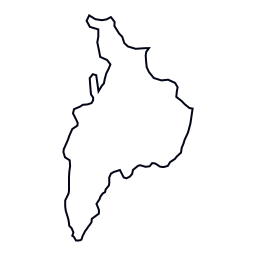 Kiti, Larnaca, Cyprus
{"feature_id": "46923920B16872533140299", "entity_name": "Kiti", "entity_type": "district", "adm_level": 2, "iso_a3": "CYP", "parent_name": "Cyprus", "parent_adm1": "Larnaca", "projection": "mercator", "projection_center": [33.572, 34.846], "detail": "fine", "context": "isolated", "style": "outline", "palette": "ink", "viewbox_px": 256, "rotation_deg": 0, "n_neighbors": 0, "source": "geoboundaries", "source_scale": "gbopen_adm2", "svg_char_len": 1745}
<svg xmlns="http://www.w3.org/2000/svg" viewBox="0 0 256 256"><path d="M89.2,15.4L86.6,20.8L89.9,26.9L98.3,29.4L98.3,36.7L97.3,42.3L99.1,51.0L100.2,56.9L107.1,60.0L110.4,64.4L108.8,68.4L106.3,73.4L104.8,78.8L103.9,83.4L101.9,85.7L98.5,91.3L97.7,85.6L96.2,75.2L92.8,74.2L89.7,78.2L90.3,86.5L91.0,94.4L93.1,97.5L93.1,100.4L91.5,103.1L87.5,104.4L82.8,104.8L80.3,106.5L74.0,109.2L73.0,113.4L75.1,117.5L77.7,122.9L77.4,125.6L72.3,129.0L69.1,136.2L68.2,139.2L64.2,148.3L63.9,148.6L63.4,152.0L65.0,157.3L69.7,160.3L70.1,166.1L69.3,171.8L69.0,177.1L69.0,182.4L69.0,190.7L68.5,193.7L65.2,200.4L65.2,206.5L65.8,211.0L67.1,215.1L68.3,219.1L69.0,223.2L69.2,225.7L71.6,228.2L73.4,232.4L72.3,235.8L73.8,236.7L75.4,239.5L75.9,240.4L77.8,240.6L80.3,240.2L80.8,239.9L81.5,239.5L82.6,236.0L84.2,233.0L85.1,231.1L86.5,229.3L88.6,226.2L89.9,224.6L91.5,222.1L91.8,218.8L95.5,216.1L98.9,213.6L98.9,209.9L97.6,206.6L96.5,203.9L98.4,200.9L99.5,199.3L100.6,196.3L102.7,193.5L105.1,192.1L105.6,189.5L108.9,185.5L109.3,182.8L109.2,177.6L110.9,173.7L113.9,171.9L116.3,171.2L119.9,170.0L123.7,177.4L126.4,178.3L129.7,176.7L132.1,174.0L133.0,169.9L137.9,165.9L140.0,165.2L145.6,166.8L149.6,166.3L152.2,163.1L155.3,163.5L160.1,166.7L161.4,166.8L162.8,167.0L163.9,167.0L167.8,165.9L170.1,162.1L174.8,159.0L176.9,156.4L181.0,152.6L181.7,147.8L183.6,143.3L184.5,140.1L188.0,132.5L190.4,123.6L192.6,108.6L189.4,108.0L184.8,104.3L181.5,100.9L176.3,96.9L176.8,91.6L177.6,87.3L175.1,82.9L168.1,79.7L161.4,80.4L153.8,78.0L149.0,72.1L146.7,67.2L146.1,61.4L145.7,55.6L146.2,51.9L149.0,48.1L146.3,48.1L135.6,48.8L128.0,46.5L124.3,43.1L122.2,36.7L119.2,33.7L114.4,26.0L114.6,21.9L110.9,17.1L106.5,19.4L101.9,20.2L95.4,19.2L89.2,15.4Z" fill="none" stroke="#020617" stroke-width="2"/></svg>